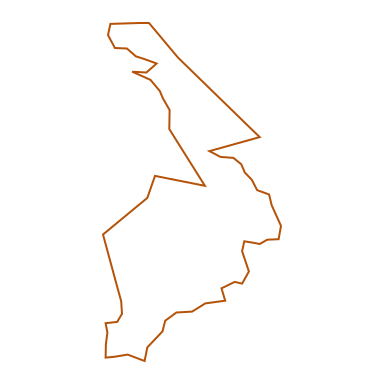 Vale Real, Rio Grande do Sul, Brazil
{"feature_id": "56859067B17204755964943", "entity_name": "Vale Real", "entity_type": "district", "adm_level": 2, "iso_a3": "BRA", "parent_name": "Brazil", "parent_adm1": "Rio Grande do Sul", "projection": "orthographic", "projection_center": [-51.249, -29.357], "detail": "fine", "context": "isolated", "style": "outline", "palette": "amber", "viewbox_px": 384, "rotation_deg": 0, "n_neighbors": 0, "source": "geoboundaries", "source_scale": "gbopen_adm2", "svg_char_len": 868}
<svg xmlns="http://www.w3.org/2000/svg" viewBox="0 0 384 384"><path d="M105.6,323.2L107.4,332.6L105.9,344.2L105.6,357.6L114.2,356.8L127.7,354.6L144.6,361.0L147.3,347.4L162.5,331.4L165.2,320.7L176.4,312.5L192.1,311.6L205.3,303.4L225.2,300.7L221.5,288.3L234.7,281.9L242.1,283.6L248.9,271.5L242.1,251.2L244.3,241.3L253.0,242.7L259.7,244.0L267.2,239.7L278.6,239.2L281.0,225.9L271.7,205.3L269.1,194.5L257.2,190.2L251.8,179.8L244.8,172.5L241.3,164.3L233.4,157.9L220.4,156.9L209.4,151.1L259.7,137.1L247.4,125.2L178.0,57.6L149.0,23.0L139.3,23.0L110.4,23.9L108.0,35.1L114.9,48.0L126.9,48.5L135.8,56.3L144.5,59.1L156.6,63.5L146.4,72.5L132.2,71.7L150.5,79.9L159.8,91.0L162.9,98.4L169.6,110.0L169.3,129.1L174.9,138.0L204.9,185.8L155.0,175.9L147.3,197.9L103.0,234.5L117.6,288.3L121.2,301.2L122.0,313.8L117.2,321.9L105.6,323.2Z" fill="none" stroke="#b45309" stroke-width="2"/></svg>